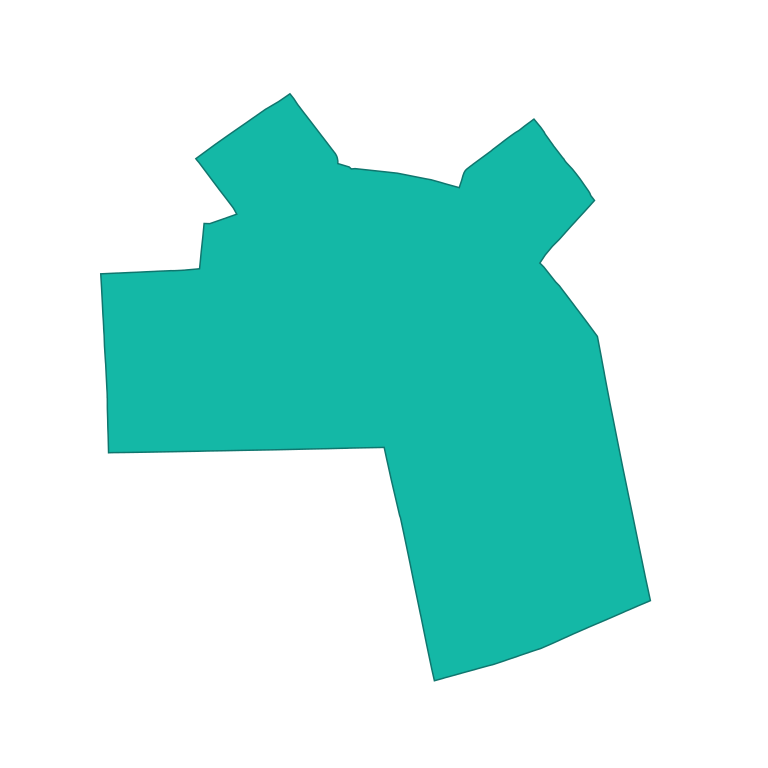 the district of Comuna 7, Ciudad de Buenos Aires, Argentina, rotated 189°
{"feature_id": "61730980B96499416001790", "entity_name": "Comuna 7", "entity_type": "district", "adm_level": 2, "iso_a3": "ARG", "parent_name": "Argentina", "parent_adm1": "Ciudad de Buenos Aires", "projection": "mercator", "projection_center": [-58.45, -34.635], "detail": "fine", "context": "isolated", "style": "filled", "palette": "teal", "viewbox_px": 768, "rotation_deg": 189, "n_neighbors": 0, "source": "geoboundaries", "source_scale": "gbopen_adm2", "svg_char_len": 3944}
<svg xmlns="http://www.w3.org/2000/svg" viewBox="0 0 768 768"><g transform="rotate(189 384 384)"><path d="M87.0,211.7L91.3,222.9L95.7,234.2L96.4,236.1L101.4,249.4L106.4,262.6L112.6,279.1L117.8,293.0L122.6,305.7L125.9,314.4L126.9,317.1L127.5,318.7L134.3,336.7L141.0,354.8L147.5,372.4L153.2,387.9L158.2,401.4L159.0,403.7L163.6,416.4L167.6,427.6L168.3,429.7L172.3,440.9L172.7,442.1L173.4,444.1L180.1,462.8L180.7,464.4L194.4,477.9L206.9,489.9L208.4,491.4L220.6,503.1L222.4,504.8L226.1,508.4L228.5,510.2L230.4,511.6L236.7,517.4L244.4,524.5L247.1,526.5L248.4,527.4L249.0,527.8L245.0,536.6L239.3,546.2L233.5,554.2L224.0,569.0L220.3,574.5L219.3,576.1L218.4,577.5L216.6,580.2L212.9,585.7L207.2,594.5L204.8,598.2L205.1,598.5L205.5,598.9L209.3,602.5L210.5,604.6L211.2,605.4L212.0,606.4L217.9,612.5L219.6,614.3L222.4,617.2L226.8,621.4L231.5,625.7L238.7,631.3L240.6,633.1L241.5,634.3L243.1,635.6L250.4,642.5L253.6,645.5L254.1,646.0L254.3,646.3L257.7,649.7L259.5,651.6L264.0,656.1L265.4,658.1L265.6,658.2L267.5,660.2L269.6,662.3L271.9,664.3L277.3,669.1L277.7,668.8L278.0,668.5L278.5,667.9L285.3,661.0L289.9,656.0L290.5,655.4L293.5,652.9L297.2,649.3L299.9,646.6L303.4,643.0L307.8,638.3L313.3,632.6L314.6,631.0L330.5,614.9L331.2,614.1L332.8,612.5L332.9,612.4L333.2,612.1L333.7,611.5L335.8,609.3L336.4,608.5L337.1,607.5L337.3,607.0L338.0,605.2L338.4,603.1L338.6,602.3L339.0,598.6L339.1,597.7L339.3,596.4L339.7,594.1L340.4,589.7L349.3,590.7L354.6,591.3L359.9,592.0L369.5,593.1L374.3,593.2L379.8,593.4L400.6,594.2L403.9,594.3L416.6,593.7L446.3,592.2L449.9,591.3L452.3,592.9L461.9,594.2L464.1,594.5L464.4,596.6L464.7,597.8L464.9,598.2L465.0,598.6L465.4,599.7L465.9,600.8L466.4,601.7L467.0,602.5L467.6,603.3L468.2,604.0L468.6,604.4L469.6,605.3L470.0,605.7L470.4,606.1L471.5,607.1L482.6,617.7L483.7,618.7L496.0,630.4L506.1,639.9L513.1,646.6L517.7,651.7L521.4,655.1L522.3,655.9L526.8,651.6L532.2,646.5L544.0,636.8L554.5,626.7L561.3,620.1L569.6,612.2L577.1,605.0L587.4,595.0L587.6,594.8L599.0,583.3L605.1,577.1L604.3,576.3L603.4,575.5L601.4,573.8L600.9,573.3L600.7,573.1L588.3,561.1L587.6,560.4L581.2,554.2L578.7,551.8L577.4,550.5L568.6,542.2L560.6,534.5L559.5,533.2L556.0,528.7L571.1,520.5L571.7,520.2L581.2,515.1L586.8,514.4L586.0,501.7L585.6,493.7L585.2,485.5L584.6,476.3L584.2,469.0L586.7,468.3L594.3,466.4L597.1,465.7L598.9,465.2L599.7,465.0L600.0,465.0L601.2,464.7L608.4,463.2L610.6,462.8L611.6,462.7L612.7,462.5L615.0,462.0L618.0,461.4L625.5,459.9L627.8,459.4L631.7,458.6L635.2,457.9L638.0,457.3L645.1,455.8L651.7,454.5L663.7,452.0L664.8,451.8L665.4,451.7L681.0,448.5L678.0,434.8L674.9,420.2L672.4,408.2L672.0,406.4L671.2,403.0L669.7,395.9L669.7,395.6L668.0,388.1L666.0,377.7L662.5,362.1L662.0,360.1L659.5,348.1L658.7,344.3L657.0,336.2L656.2,332.6L655.7,330.0L655.2,327.0L655.1,326.9L654.3,322.1L653.8,318.9L653.4,316.5L651.2,304.9L650.8,302.6L650.1,298.7L649.7,296.6L648.5,290.5L648.0,287.8L645.3,273.0L641.7,273.7L637.0,274.5L629.9,275.7L627.6,276.1L613.8,278.5L599.6,281.0L584.3,283.7L582.0,284.1L568.0,286.6L557.7,288.4L548.0,290.2L531.4,293.1L515.8,295.9L505.6,297.7L481.2,302.0L468.5,304.3L451.5,307.4L434.2,310.5L430.2,311.2L418.3,313.4L410.5,314.8L408.2,315.3L401.4,316.5L398.1,317.1L385.7,319.3L373.9,321.4L369.3,309.5L368.1,306.5L363.0,293.5L361.9,290.7L359.7,285.3L353.5,270.1L348.0,256.6L347.2,255.1L347.0,254.9L341.1,239.6L338.9,233.8L335.9,225.9L330.3,211.1L324.7,196.0L318.7,180.1L312.1,162.6L311.3,160.6L306.2,146.9L301.5,134.3L298.2,125.6L292.3,110.1L287.8,98.8L280.3,102.2L277.5,103.6L274.5,104.9L261.4,110.9L248.6,116.7L246.7,117.6L236.5,122.2L233.9,123.3L232.9,123.7L232.1,124.1L231.3,124.5L221.1,129.8L219.7,130.6L209.0,136.2L207.8,136.9L194.7,143.8L187.3,147.6L185.6,148.7L182.3,150.8L179.6,152.5L179.3,152.7L176.5,154.5L168.2,160.0L157.1,167.3L154.7,168.8L143.5,176.0L141.9,177.0L140.3,178.0L126.6,186.6L123.1,188.8L112.3,195.7L109.6,197.5L106.5,199.4L98.7,204.4L87.0,211.7Z" fill="#14b8a6" stroke="#0f766e" stroke-width="1.5"/></g></svg>